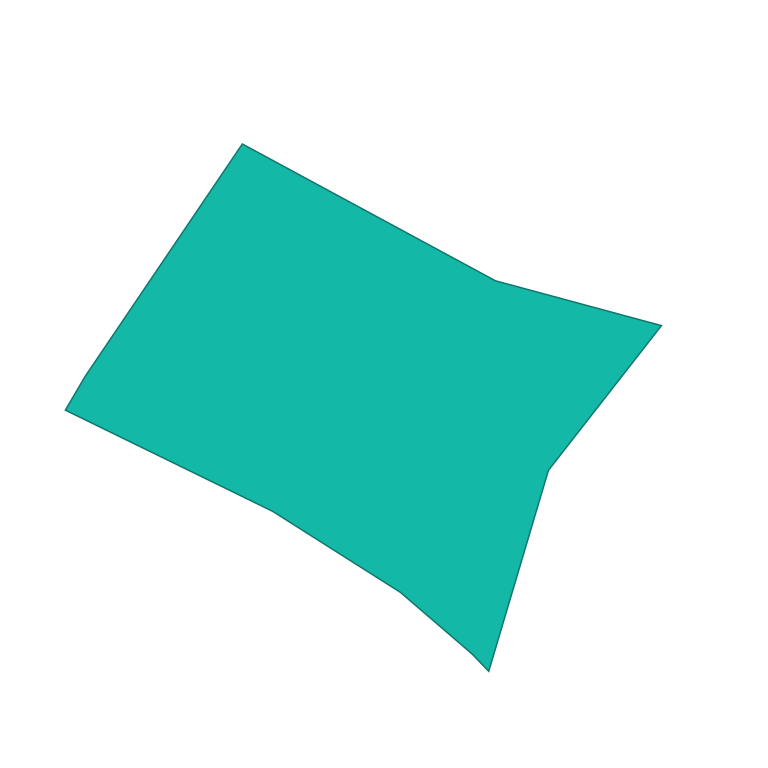 map outline of Mubarak Al-Kabeer (Albers equal-area conic projection), rotated 128°
{"feature_id": "KWT-1666", "entity_name": "Mubarak Al-Kabeer", "entity_type": "Province", "adm_level": 1, "iso_a3": "KWT", "parent_name": "Kuwait", "parent_adm1": "", "projection": "albers", "projection_center": [48.072, 29.26], "detail": "fine", "context": "isolated", "style": "filled", "palette": "teal", "viewbox_px": 768, "rotation_deg": 128, "n_neighbors": 0, "source": "natural_earth", "source_scale": "10m", "svg_char_len": 303}
<svg xmlns="http://www.w3.org/2000/svg" viewBox="0 0 768 768"><g transform="rotate(128 384 384)"><path d="M545.9,124.6L542.5,148.7L538.1,242.9L552.9,393.3L600.8,619.0L562.0,624.2L282.1,643.4L234.1,359.8L167.2,201.3L350.7,201.3L545.9,124.6Z" fill="#14b8a6" stroke="#0f766e" stroke-width="1.5"/></g></svg>